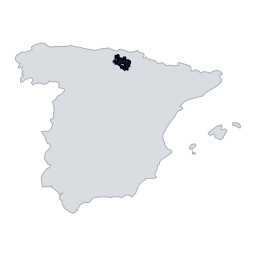 Álava highlighted on a map of Spain
{"feature_id": "ESP-5801", "entity_name": "Álava", "entity_type": "Autonomous Community", "adm_level": 1, "iso_a3": "ESP", "parent_name": "Spain", "parent_adm1": "", "projection": "equal_earth", "projection_center": [-2.779, 42.851], "detail": "fine", "context": "in_parent", "style": "filled", "palette": "ink", "viewbox_px": 256, "rotation_deg": 0, "n_neighbors": 0, "source": "natural_earth", "source_scale": "10m", "svg_char_len": 6432}
<svg xmlns="http://www.w3.org/2000/svg" viewBox="0 0 256 256"><path d="M137.7,50.3L137.8,51.1L139.1,52.5L143.0,53.3L144.0,53.9L143.9,55.9L142.9,57.5L143.8,58.3L144.7,58.2L145.9,56.9L146.1,57.8L148.0,58.6L151.9,60.1L154.8,60.3L157.7,63.4L162.4,62.8L166.7,65.7L170.7,65.1L171.6,65.7L177.8,65.7L178.1,63.3L178.8,62.4L189.6,65.7L191.0,67.7L190.8,68.8L191.4,71.2L192.8,71.1L195.6,69.7L199.3,71.4L200.3,72.9L201.1,73.0L203.8,71.5L211.3,73.2L211.6,72.1L212.1,71.8L215.2,70.8L216.5,70.5L220.5,71.3L221.0,72.7L221.8,73.2L222.2,74.4L219.9,75.1L219.7,77.1L221.2,78.8L221.4,81.8L217.5,85.7L206.2,92.2L202.5,96.1L193.9,98.1L185.1,101.0L179.9,106.2L181.2,106.7L182.9,108.4L182.3,109.2L180.0,110.5L178.0,110.8L174.2,117.3L168.9,124.0L167.0,127.0L162.8,134.9L162.8,137.2L165.0,145.0L166.2,147.1L167.9,148.9L171.1,150.3L172.0,151.8L170.9,153.2L167.7,155.7L162.2,159.0L159.8,161.7L159.4,164.2L157.7,165.3L157.2,168.9L155.0,173.9L154.8,175.2L156.6,177.0L154.9,178.2L146.3,178.6L141.0,182.5L138.3,186.0L135.9,192.5L133.0,196.3L131.7,197.0L129.7,195.3L127.2,195.0L124.7,195.6L123.4,196.9L121.4,197.7L119.5,197.0L115.2,196.7L113.4,196.7L110.4,197.8L107.9,197.1L103.6,196.7L94.4,197.6L93.2,198.0L89.1,202.4L84.6,202.5L80.6,204.3L77.8,208.5L77.3,210.8L76.5,210.3L75.8,210.5L75.5,212.2L72.7,213.3L69.6,211.9L67.0,209.8L65.6,209.6L63.4,206.3L62.5,204.2L61.9,201.9L61.8,200.3L59.9,199.4L59.4,197.4L60.9,194.7L62.8,193.2L61.1,193.3L59.7,195.0L58.1,192.3L51.5,186.9L51.9,184.9L50.8,186.4L50.0,186.8L46.6,186.5L42.6,187.2L41.2,178.0L42.2,174.8L46.8,168.6L49.5,167.7L50.7,164.5L48.2,164.7L44.3,158.5L45.4,152.8L49.5,148.5L50.2,146.8L50.4,145.2L49.7,144.1L47.5,143.4L45.3,138.9L44.9,136.1L43.1,134.6L41.6,131.8L43.0,131.4L48.7,131.3L50.0,130.6L51.1,128.8L52.2,125.7L52.5,123.8L50.4,121.2L50.3,120.6L50.6,119.7L54.1,116.8L53.4,114.6L54.1,109.9L53.9,107.2L53.5,105.0L52.4,102.2L53.2,101.0L55.0,100.0L56.5,97.7L58.6,95.7L61.3,94.2L64.5,90.8L64.1,89.2L63.0,88.4L59.1,87.7L58.9,87.0L59.0,83.3L58.0,81.9L56.6,82.0L54.4,81.4L53.9,81.8L51.1,81.7L49.2,81.0L48.4,81.6L48.2,82.9L44.9,84.2L43.1,84.2L40.1,83.0L36.8,83.4L36.4,83.1L33.4,84.6L32.5,84.7L31.3,82.9L33.0,80.2L31.7,77.7L30.8,77.6L25.4,79.5L22.2,81.9L21.0,82.2L20.5,81.8L20.5,78.3L23.9,74.7L21.8,74.4L21.9,73.4L23.3,71.7L22.0,70.5L22.1,66.8L19.2,68.0L18.4,67.8L18.4,66.3L20.3,63.4L18.4,63.0L17.1,61.9L15.4,59.5L15.4,58.3L16.4,55.3L19.0,53.9L21.6,51.9L25.0,52.3L30.1,50.6L31.9,49.6L31.9,48.4L31.3,47.5L31.8,46.6L36.0,44.2L38.5,43.9L41.1,42.7L42.8,43.5L44.3,43.2L45.9,44.2L48.1,46.3L51.4,47.2L54.0,46.5L67.5,46.3L71.3,45.3L74.3,46.6L80.0,47.2L83.4,48.3L93.0,50.2L96.4,50.2L103.4,48.4L105.3,48.8L108.0,47.9L109.4,48.1L111.1,49.4L117.2,51.1L118.8,49.6L120.0,49.3L124.4,50.2L128.8,52.0L131.1,52.2L134.5,51.7L137.7,50.3ZM221.1,128.9L222.7,129.7L224.4,129.0L225.3,129.2L226.2,129.6L226.5,131.0L223.0,137.9L220.2,139.8L217.2,138.3L215.5,137.9L215.0,137.3L214.5,135.1L213.8,134.4L212.6,134.1L210.4,135.8L209.7,134.7L208.6,134.5L208.2,133.8L208.2,132.9L215.0,127.5L217.0,126.3L221.2,125.0L221.9,125.2L221.3,126.0L221.9,126.7L221.1,128.9ZM240.6,126.1L240.0,128.1L234.8,125.5L233.1,125.2L232.7,124.8L232.8,122.9L236.2,122.7L239.1,123.6L240.6,126.1ZM192.9,148.2L192.3,149.6L189.7,149.1L189.2,148.6L189.7,147.0L190.4,146.8L190.5,145.7L191.2,144.6L194.8,143.8L195.7,144.5L195.9,145.6L193.7,147.9L192.9,148.2ZM195.5,153.7L195.2,154.0L192.3,153.8L192.3,152.9L192.8,151.6L193.9,152.8L195.5,153.1L195.5,153.7Z" fill="#d9dde1" stroke="#a8b0b8" stroke-width="1"/><path d="M120.7,67.4L120.6,67.2L120.6,66.9L120.6,66.7L120.4,66.2L119.3,65.4L118.9,65.2L118.5,64.7L118.2,64.6L117.9,64.4L117.4,63.9L116.9,63.7L116.4,63.9L116.0,64.0L115.9,64.0L115.7,64.0L115.8,63.8L115.8,63.6L115.7,63.5L115.6,63.4L115.4,63.1L115.5,62.8L115.6,62.6L115.8,62.4L116.0,62.1L116.1,61.9L116.1,61.6L115.9,61.4L115.6,61.8L115.4,61.9L115.3,62.0L115.0,61.9L114.8,62.0L114.7,62.1L114.5,62.3L114.5,62.5L114.4,62.7L114.2,62.7L113.6,62.0L113.4,61.7L113.4,61.3L113.5,61.2L113.7,60.9L113.9,60.7L114.0,60.5L114.1,60.4L114.3,60.3L114.8,60.2L115.0,60.2L115.2,60.3L115.3,60.4L115.5,60.5L115.6,60.9L115.9,61.0L116.2,61.0L116.4,61.1L116.5,61.1L117.0,61.0L117.3,61.0L117.5,61.0L117.6,60.9L117.8,60.7L118.1,60.6L118.3,60.5L118.3,60.4L118.3,60.2L118.2,60.1L117.7,59.9L117.4,59.6L117.3,59.3L117.5,59.3L117.8,59.3L118.0,59.3L118.0,59.2L118.1,58.9L118.1,58.7L117.7,58.5L117.6,58.4L117.6,58.1L117.3,58.0L117.0,58.1L116.7,58.8L116.4,58.8L115.9,58.8L115.4,58.6L115.2,58.5L115.3,58.3L115.4,58.2L115.5,58.0L115.5,57.5L115.6,57.1L115.6,56.8L115.5,56.7L115.2,56.6L115.1,56.4L115.1,56.2L115.2,55.9L115.3,55.7L115.6,55.5L116.0,55.8L117.2,55.7L117.4,55.6L117.5,55.4L117.6,54.9L118.0,54.7L118.4,54.9L118.8,55.3L119.0,55.9L119.0,56.2L118.7,56.7L118.7,57.0L118.8,57.3L119.7,58.0L120.2,58.0L120.4,58.0L120.7,58.3L121.5,58.5L122.2,58.3L122.9,58.6L123.1,58.6L123.4,58.5L123.9,58.6L124.0,58.5L124.0,58.3L123.9,58.0L123.6,57.6L123.6,57.4L123.9,57.2L124.2,57.2L124.5,57.3L125.4,57.2L125.6,58.0L125.6,58.3L125.5,58.5L124.7,58.8L124.6,59.0L124.5,59.4L125.2,59.9L125.3,59.9L125.5,59.6L126.1,59.9L128.6,60.1L129.3,60.6L129.6,61.1L129.8,61.2L130.2,61.2L130.5,62.1L130.5,62.3L130.4,62.5L130.1,63.1L129.9,63.5L129.9,63.9L129.8,64.2L129.8,64.4L129.7,64.5L129.3,64.7L129.1,64.9L129.1,65.0L129.3,65.9L129.5,66.0L129.6,66.3L129.0,66.7L128.8,66.8L128.7,66.8L128.4,66.8L128.1,66.5L128.1,66.4L127.8,66.4L127.7,66.4L127.2,66.7L127.0,66.9L126.7,67.2L126.3,67.5L126.3,67.8L126.5,68.0L126.9,68.1L127.0,68.2L127.5,67.7L127.8,67.9L127.9,68.0L127.9,68.4L127.8,69.5L127.7,69.9L127.4,69.8L126.8,69.7L126.3,69.4L126.2,69.0L125.9,69.1L125.8,69.3L125.7,69.4L125.7,69.5L125.8,69.5L125.5,69.5L125.2,69.6L124.8,69.9L124.8,69.5L124.6,69.4L124.4,69.4L124.3,69.5L124.2,69.6L123.4,69.1L123.1,69.0L123.1,68.7L123.1,68.3L123.1,68.2L123.1,67.9L122.9,67.7L122.3,67.3L122.1,67.2L121.9,67.3L121.7,67.5L121.6,68.0L121.3,67.9L121.1,68.0L120.9,68.0L120.8,67.9L120.8,67.7L121.0,67.5L121.0,67.4L121.0,67.2L120.7,67.4ZM124.1,63.9L123.9,63.9L122.9,63.6L122.6,63.5L122.4,63.5L122.0,63.4L121.0,63.5L120.8,63.5L120.7,63.6L120.3,64.1L120.1,64.4L120.1,64.5L120.6,65.1L121.0,65.4L122.0,65.9L123.1,66.1L124.0,66.5L125.2,66.5L125.3,66.5L125.5,66.7L125.9,66.6L126.0,66.5L125.9,66.2L125.9,65.9L125.8,65.7L125.6,65.7L125.6,65.8L125.4,66.0L125.2,66.1L124.8,65.8L124.7,65.7L124.5,65.4L124.6,65.2L124.8,65.1L125.0,65.0L125.2,64.7L125.2,64.3L125.2,64.2L124.9,64.2L124.7,64.1L124.6,63.9L124.4,63.9L124.1,63.9Z" fill="#0f172a" stroke="#020617" stroke-width="1.5"/></svg>